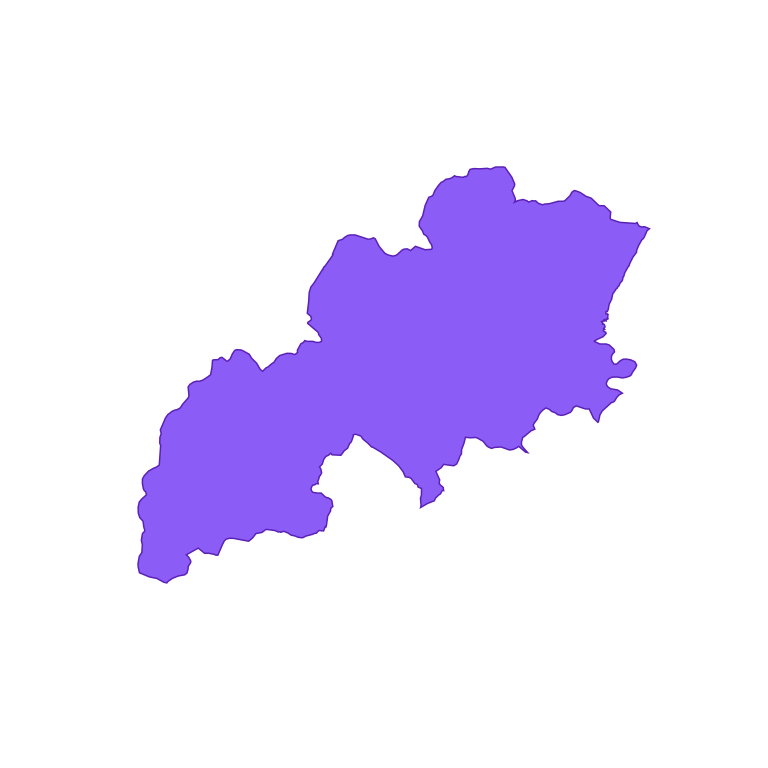 Medias, Sibiu, Romania, rotated 58°
{"feature_id": "2599482B70504511793246", "entity_name": "Medias", "entity_type": "district", "adm_level": 2, "iso_a3": "ROU", "parent_name": "Romania", "parent_adm1": "Sibiu", "projection": "mercator", "projection_center": [24.355, 46.136], "detail": "fine", "context": "isolated", "style": "filled", "palette": "violet", "viewbox_px": 768, "rotation_deg": 58, "n_neighbors": 0, "source": "geoboundaries", "source_scale": "gbopen_adm2", "svg_char_len": 6155}
<svg xmlns="http://www.w3.org/2000/svg" viewBox="0 0 768 768"><g transform="rotate(58 384 384)"><path d="M437.6,673.6L436.9,671.5L436.7,666.4L437.8,660.2L440.2,654.2L439.9,651.3L437.3,648.4L435.0,646.7L432.9,642.5L431.7,641.7L427.2,641.4L424.1,642.2L424.7,628.5L432.4,625.9L434.5,622.5L438.5,618.3L440.1,617.2L441.1,615.6L434.7,606.3L432.5,602.7L431.9,600.2L432.9,596.8L435.1,593.5L445.6,582.1L445.0,577.3L443.0,571.8L445.2,566.2L444.8,561.7L445.1,560.6L450.5,554.1L453.5,552.1L454.1,550.7L455.0,550.2L455.7,547.4L456.5,546.5L459.6,544.3L462.9,542.9L465.6,540.1L468.5,538.0L471.0,535.0L471.4,533.7L471.5,531.1L473.6,524.3L474.0,521.7L474.7,520.4L473.9,517.8L473.9,516.6L476.6,513.1L473.9,509.5L474.5,509.1L473.7,508.0L466.1,501.7L463.4,496.7L461.3,495.0L460.7,492.3L455.4,490.1L453.7,490.2L450.9,491.7L450.0,492.9L448.1,493.8L443.2,495.1L441.2,498.3L438.2,501.7L436.6,502.1L433.9,501.3L432.0,498.4L432.8,496.0L432.6,494.3L433.8,492.6L431.4,491.7L429.4,488.9L428.1,488.1L427.9,486.7L426.3,484.0L422.6,482.6L420.2,482.7L419.2,478.8L416.1,475.2L415.1,473.0L414.6,471.2L415.0,469.0L414.6,465.9L416.5,465.6L421.6,458.3L419.5,453.0L419.2,449.0L416.2,444.6L416.1,443.3L415.3,441.8L411.9,437.6L410.9,437.1L411.0,436.2L411.6,434.6L415.9,431.2L419.7,431.0L425.4,429.1L430.9,427.9L431.5,427.1L439.8,422.8L453.0,417.2L461.1,414.9L468.6,414.3L474.1,415.1L476.5,412.1L478.7,411.0L484.7,410.6L486.8,409.0L489.5,409.7L492.5,407.6L498.0,411.1L500.2,413.6L506.6,416.9L508.1,418.4L508.4,410.4L509.7,403.2L508.0,400.6L507.1,396.3L507.1,394.3L505.4,391.3L505.3,390.6L506.0,389.9L503.0,388.6L499.2,389.8L497.1,389.7L494.9,387.6L485.6,386.3L485.3,379.7L483.8,376.0L489.9,368.7L490.3,368.0L490.3,364.8L487.6,360.5L485.5,358.0L484.3,355.4L480.6,352.8L476.9,347.9L472.4,343.2L475.7,338.8L477.7,334.9L479.2,333.5L485.1,330.3L490.7,329.7L492.8,328.9L495.6,326.9L496.3,324.0L499.4,318.2L506.5,312.5L507.9,309.2L508.4,305.5L508.3,302.8L516.8,300.1L518.3,298.5L511.2,299.7L508.6,299.7L506.2,298.3L503.1,295.0L502.7,294.1L502.9,293.2L501.6,284.3L502.2,280.0L498.1,279.3L496.9,277.6L494.9,272.4L492.7,269.7L491.4,267.3L490.3,263.3L490.1,259.4L493.0,257.3L496.4,256.2L498.9,254.1L502.0,253.0L504.7,250.1L505.9,246.8L506.8,241.0L506.3,239.2L504.3,235.7L504.5,232.5L511.8,226.5L514.0,223.2L524.1,224.4L529.8,222.9L529.8,222.3L524.5,217.1L522.5,213.2L520.3,201.3L520.8,199.2L520.7,197.6L518.8,193.9L517.8,190.5L518.1,186.7L512.8,189.1L508.3,194.2L505.4,195.6L503.1,195.8L501.5,195.3L500.7,194.6L498.9,191.5L498.7,189.9L499.1,186.9L501.6,182.6L505.2,178.6L506.6,175.2L507.5,171.3L507.2,169.2L506.0,167.6L503.6,161.9L501.8,159.7L498.0,159.5L494.1,162.1L491.2,165.4L489.8,167.9L489.6,169.0L489.5,171.6L490.4,176.1L489.0,178.4L486.0,178.6L483.9,178.2L481.7,177.0L480.0,175.0L478.9,171.5L476.5,170.6L470.3,172.3L467.9,174.3L464.4,179.8L459.3,183.1L459.0,182.7L459.3,178.1L460.0,173.3L458.9,168.9L457.8,168.5L455.1,169.9L454.4,169.1L454.6,167.9L453.2,168.2L453.0,166.8L452.3,166.0L449.9,165.7L449.1,166.9L448.3,166.1L446.4,166.6L446.3,165.6L447.4,163.8L446.4,163.7L446.0,163.2L448.1,162.1L446.8,161.4L446.6,160.7L447.4,160.3L447.4,159.4L446.0,159.0L443.7,157.1L443.0,157.3L442.5,158.5L441.5,158.5L440.2,157.2L440.9,156.2L439.3,154.0L435.7,150.9L432.7,146.0L428.4,141.9L428.4,141.0L426.4,136.8L426.3,135.5L425.6,134.4L425.3,132.9L423.3,129.9L423.0,128.1L422.1,126.5L420.4,125.1L419.8,123.7L417.4,121.1L414.3,115.5L413.6,113.6L412.0,111.7L408.4,105.8L406.1,100.0L404.4,98.8L401.4,94.5L398.5,89.3L398.1,87.0L397.1,85.1L393.4,79.7L393.0,76.6L388.7,79.7L388.1,80.7L388.0,81.5L385.6,83.8L383.8,84.1L381.2,83.8L381.1,85.7L372.0,98.2L365.1,104.0L363.9,104.5L363.0,104.2L358.3,100.6L349.6,102.8L346.9,106.8L346.2,107.3L336.2,109.8L331.8,113.3L325.6,116.1L321.7,119.1L320.7,120.3L321.0,123.3L322.8,126.2L324.3,133.0L324.3,134.6L321.3,139.6L318.7,148.3L316.5,152.6L316.0,154.6L312.5,157.4L309.0,158.3L308.6,159.3L306.9,161.4L306.5,164.9L304.5,165.6L301.2,168.3L299.4,173.4L299.0,177.1L297.8,175.1L295.9,174.3L287.9,173.0L285.2,168.5L283.7,167.2L276.5,166.0L264.5,166.6L263.5,167.4L259.1,174.4L258.3,179.7L255.8,182.2L252.2,188.9L248.9,193.7L247.6,197.2L248.7,199.4L251.0,202.0L251.7,204.1L250.7,205.8L250.7,207.3L246.1,213.1L244.8,213.8L245.1,217.5L244.5,220.1L243.2,222.9L243.6,226.7L243.3,228.7L244.5,232.7L246.9,238.3L249.9,242.6L250.0,244.2L249.4,247.1L254.3,254.4L261.9,262.1L265.0,267.9L268.8,270.5L274.7,270.3L278.1,270.9L280.7,269.6L282.7,269.4L287.6,270.0L291.2,269.9L294.0,270.9L295.0,272.2L292.0,277.9L283.9,284.4L284.9,290.7L281.7,292.7L280.2,295.6L280.0,297.7L281.2,303.8L281.2,306.0L280.3,308.6L276.7,312.2L273.6,314.0L264.9,315.2L256.2,314.5L254.5,315.4L253.7,319.2L252.6,320.9L242.3,329.5L239.6,333.8L238.8,336.3L238.8,339.8L239.3,342.5L238.2,347.0L246.6,358.9L247.2,358.7L247.9,359.9L252.7,371.4L253.1,373.4L254.4,375.1L254.2,375.3L261.3,389.9L263.0,394.6L266.7,398.9L274.2,404.2L283.4,411.6L287.7,410.2L290.3,411.0L291.2,412.2L291.3,415.8L292.2,416.6L305.4,412.4L307.5,413.2L312.0,412.9L314.4,414.1L314.7,415.0L314.5,416.6L312.8,419.5L310.2,421.7L307.0,426.7L305.2,428.1L306.0,430.4L305.9,433.3L309.4,439.5L311.4,440.6L311.8,443.3L311.6,444.2L308.9,446.5L306.5,450.1L304.6,457.3L305.3,461.7L307.2,465.6L307.4,469.2L308.1,473.3L307.8,475.5L308.9,480.2L305.9,481.2L298.8,481.0L292.0,482.6L287.3,482.5L280.4,486.4L278.9,487.7L276.7,491.1L276.4,492.8L278.1,496.6L281.2,501.1L281.8,504.5L281.0,505.3L275.5,507.3L274.9,509.1L275.4,511.8L273.0,516.1L273.2,517.0L278.4,520.8L284.2,526.1L284.6,529.7L284.7,535.4L283.9,539.1L282.3,541.4L281.4,544.7L281.5,548.7L282.6,551.6L290.7,555.7L292.0,557.4L294.5,565.6L296.3,569.4L296.1,573.0L295.2,575.6L294.9,578.4L295.4,583.6L297.0,587.3L304.4,598.0L308.0,599.2L310.6,602.4L315.3,605.5L317.8,606.0L333.6,617.5L333.9,620.9L333.3,624.3L333.1,629.9L334.7,635.9L336.6,639.2L340.1,641.5L345.1,643.5L347.1,643.8L349.4,643.3L352.1,644.2L353.2,650.6L354.4,654.1L358.2,657.8L363.3,660.8L367.7,661.9L372.9,661.1L377.5,663.3L381.5,664.5L382.2,665.5L382.7,667.8L383.5,668.7L388.0,672.6L392.2,674.1L398.5,678.6L400.5,682.9L406.1,687.9L409.1,689.5L414.5,691.4L423.3,685.2L428.5,679.7L435.5,675.7L437.6,673.6Z" fill="#8b5cf6" stroke="#5b21b6" stroke-width="1.5"/></g></svg>